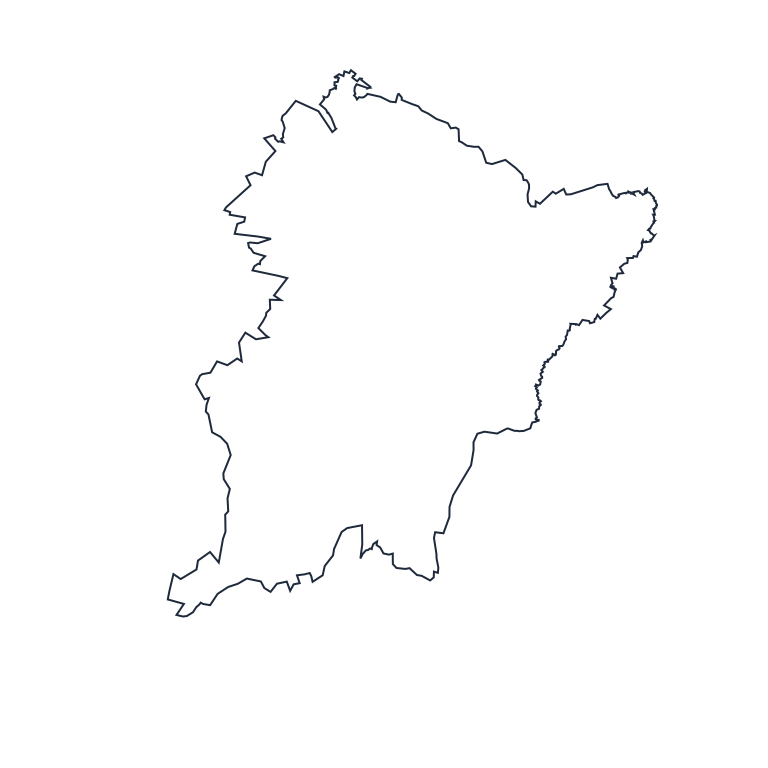 outline of Cape Winelands, Western Cape, South Africa, rotated 199°
{"feature_id": "47623444B8262601395586", "entity_name": "Cape Winelands", "entity_type": "district", "adm_level": 2, "iso_a3": "ZAF", "parent_name": "South Africa", "parent_adm1": "Western Cape", "projection": "equal_earth", "projection_center": [19.211, -33.151], "detail": "fine", "context": "isolated", "style": "outline", "palette": "slate", "viewbox_px": 768, "rotation_deg": 199, "n_neighbors": 0, "source": "geoboundaries", "source_scale": "gbopen_adm2", "svg_char_len": 6164}
<svg xmlns="http://www.w3.org/2000/svg" viewBox="0 0 768 768"><g transform="rotate(199 384 384)"><path d="M561.6,322.5L548.6,311.1L545.0,313.8L545.0,306.4L543.5,299.9L540.1,298.1L530.8,282.4L521.3,280.8L512.8,276.4L505.8,266.9L506.8,247.1L504.5,241.8L495.6,234.6L494.7,224.9L489.8,212.8L491.6,208.8L485.8,192.8L485.8,185.0L482.1,161.4L493.8,168.5L502.4,156.5L500.9,147.6L512.7,133.4L521.2,135.7L519.5,118.3L518.3,109.9L501.6,110.9L505.0,98.1L498.4,98.7L494.9,100.4L490.3,106.0L488.9,111.7L486.8,115.4L486.1,117.6L483.4,117.1L476.4,118.3L473.0,131.4L465.3,141.3L457.2,147.5L450.3,155.4L436.1,157.2L430.7,152.1L423.6,150.5L420.2,160.3L411.6,165.5L405.4,157.9L404.2,165.2L398.9,168.2L404.0,174.8L397.1,178.2L392.7,181.1L390.1,178.5L387.1,173.7L379.7,183.2L380.8,192.5L376.4,205.4L377.5,211.7L375.9,230.3L371.9,235.8L358.8,243.3L352.3,225.2L349.5,211.3L349.0,214.6L349.1,215.6L347.0,220.7L344.9,222.0L343.7,223.9L341.8,223.9L342.1,225.3L342.0,229.2L339.3,232.9L338.6,229.3L334.4,228.2L329.3,223.6L323.7,224.3L320.5,226.5L317.0,216.6L312.3,214.1L303.6,216.1L299.9,218.2L290.6,214.1L286.1,214.9L276.4,213.3L274.0,217.3L275.7,222.9L271.6,223.0L272.8,228.0L277.5,236.2L279.2,240.6L286.6,254.6L287.4,260.5L279.2,262.2L278.9,279.7L282.0,289.0L282.4,301.1L275.2,335.5L277.8,350.7L280.4,358.0L279.5,367.4L273.5,371.6L260.9,374.0L253.4,381.7L252.3,382.3L245.4,382.2L242.3,383.2L241.0,383.3L236.5,385.2L231.2,389.8L231.4,392.2L231.3,395.9L228.3,397.6L227.7,398.4L225.8,399.7L226.1,400.4L228.1,399.7L229.2,400.1L229.4,400.9L228.4,402.0L231.4,405.8L231.3,409.3L229.3,411.1L230.0,413.4L228.9,415.1L229.1,415.7L230.5,415.9L230.9,417.1L230.0,418.8L230.9,419.3L232.5,419.1L233.1,419.5L233.6,421.5L235.4,422.5L235.7,423.6L235.0,425.6L236.8,426.7L236.4,428.0L238.5,428.7L238.9,429.2L238.4,430.6L240.4,431.2L240.0,432.2L240.1,433.0L237.5,432.8L236.2,434.4L236.6,437.4L238.2,437.7L238.8,438.3L236.4,441.3L236.8,442.3L238.2,443.0L239.4,444.9L237.8,447.2L239.7,448.4L239.0,449.4L238.9,450.3L237.6,452.4L237.7,452.7L239.5,453.3L238.5,455.3L239.4,456.8L238.9,457.4L236.1,458.4L236.1,459.0L237.1,459.8L237.1,460.5L235.9,460.8L233.8,464.9L233.7,465.8L234.4,466.8L234.4,467.4L232.5,467.3L231.7,466.8L231.1,467.4L231.3,468.9L232.1,471.1L231.1,472.8L229.9,473.6L229.6,475.0L230.9,476.3L230.8,476.8L227.8,478.0L227.3,479.2L227.1,483.5L226.4,485.6L227.7,487.9L226.9,490.0L227.7,494.4L226.1,494.8L225.8,495.5L226.4,496.8L226.9,501.1L227.3,501.6L221.8,503.2L221.7,502.8L221.2,503.2L218.8,503.1L217.2,509.2L210.5,510.3L209.0,508.5L205.4,511.0L205.9,514.2L205.1,514.5L204.7,518.9L200.7,516.2L197.0,523.6L193.9,528.7L201.5,529.9L197.1,539.3L195.3,541.0L195.8,545.7L195.5,549.1L196.4,549.4L197.2,548.6L198.1,550.1L198.7,549.7L199.0,551.1L199.7,550.9L199.6,549.0L201.6,549.5L201.4,552.0L200.7,553.6L204.0,558.3L198.8,559.1L199.1,564.4L194.0,566.7L198.9,571.0L195.9,576.0L193.3,577.7L194.0,581.0L195.1,582.2L189.6,584.3L189.7,586.2L186.3,586.7L186.4,591.3L184.7,594.3L184.7,598.3L186.3,601.4L186.0,604.1L184.8,602.3L182.8,604.1L182.5,603.4L178.4,605.5L178.3,606.6L178.9,607.0L178.4,607.6L178.0,607.1L176.5,612.7L177.0,612.2L180.1,613.6L180.7,613.3L183.4,615.6L184.4,615.5L184.0,616.7L183.4,616.6L183.5,617.3L182.8,617.9L183.0,618.4L181.5,624.5L182.0,624.5L181.5,624.6L182.1,625.4L181.1,625.9L180.9,626.4L181.3,626.3L183.7,630.8L184.7,631.7L183.0,632.3L186.1,637.0L184.8,637.3L185.2,638.5L184.0,639.4L184.6,641.1L184.0,641.7L184.1,642.0L184.5,642.7L185.9,643.7L186.8,645.6L187.8,645.2L188.8,646.8L189.7,647.3L189.4,648.3L193.0,650.0L194.6,651.2L198.2,651.3L198.9,654.1L199.9,652.6L199.7,652.0L200.1,652.1L200.1,650.7L197.9,650.5L201.0,647.1L202.3,648.0L204.2,648.1L204.8,649.2L206.1,649.3L210.6,646.7L210.2,646.2L210.7,645.8L210.6,645.3L210.0,645.3L209.1,644.5L211.5,644.9L212.2,644.4L212.8,645.5L214.2,645.4L214.4,644.9L215.7,645.5L215.7,644.4L216.4,644.4L217.4,642.9L218.4,643.2L224.0,639.5L224.0,639.2L223.0,638.9L223.0,638.0L223.8,636.4L225.1,635.4L226.0,636.2L228.7,636.5L230.9,638.2L232.8,640.2L234.4,641.3L237.8,646.0L238.3,645.8L247.0,641.5L250.6,637.9L269.1,624.2L273.4,622.5L277.6,627.0L283.5,619.9L287.0,620.8L295.2,605.2L300.0,606.1L298.5,601.0L302.8,599.9L307.1,603.0L310.0,610.0L310.5,616.3L311.9,619.9L313.2,621.3L315.6,623.1L318.4,622.3L321.4,627.1L330.0,631.2L342.2,635.4L353.5,627.1L359.4,626.5L366.7,636.0L371.9,639.1L376.0,637.6L383.2,636.3L389.4,637.9L392.1,638.1L396.4,649.1L399.6,649.8L404.1,647.5L408.6,651.4L420.8,651.7L430.3,654.1L437.4,654.9L442.0,657.8L448.6,657.8L459.8,658.4L460.4,660.6L464.4,663.1L465.2,662.4L464.7,654.2L470.1,653.0L480.7,654.4L494.2,652.9L494.4,651.9L496.4,648.6L498.6,647.5L501.0,647.1L502.2,644.2L504.0,646.0L506.3,647.2L505.5,649.0L507.2,651.0L508.2,654.7L507.6,658.5L496.0,658.5L495.9,658.0L494.9,658.9L493.3,659.7L494.1,660.1L493.9,660.6L504.4,664.1L504.3,665.4L506.5,665.0L507.8,661.5L513.7,663.4L513.5,665.0L512.5,665.5L511.9,668.1L517.4,669.9L518.1,666.7L523.2,666.7L522.6,662.0L527.3,662.3L530.5,658.2L529.8,657.8L527.2,659.0L526.2,658.6L526.5,656.6L526.1,656.0L526.1,654.6L529.0,653.2L528.1,650.3L526.3,650.5L525.8,647.6L524.7,647.1L527.3,647.8L528.4,646.1L530.9,644.1L530.4,642.1L530.2,639.6L530.9,637.1L532.4,635.9L534.7,636.0L533.3,633.6L535.6,627.5L528.7,624.8L527.4,623.9L525.9,622.0L525.1,621.8L525.7,622.9L520.2,618.3L513.3,610.1L512.3,609.8L514.9,605.4L534.8,620.6L559.6,623.0L565.0,607.9L567.1,604.7L567.2,603.0L566.8,600.2L565.2,599.1L561.2,593.6L561.0,587.5L559.6,584.3L561.0,582.4L557.7,579.8L561.5,579.5L562.9,578.6L566.9,580.5L567.0,581.9L569.6,583.2L577.2,577.3L562.5,568.9L568.1,555.7L567.3,541.7L575.1,541.8L582.0,535.5L574.9,528.5L590.9,499.5L591.5,496.4L585.4,496.5L585.0,493.8L569.6,496.3L569.0,492.0L574.8,487.6L574.1,477.4L551.1,482.4L538.1,484.5L549.2,476.0L556.7,474.2L558.4,473.0L556.0,469.0L554.1,468.7L550.0,465.6L538.0,466.1L541.0,460.0L540.3,456.9L542.1,456.8L544.9,453.1L545.3,448.6L518.7,451.9L509.9,452.6L516.8,431.9L508.8,429.8L519.4,426.5L516.0,417.9L518.5,413.0L517.8,410.2L518.9,403.8L521.0,396.0L512.2,391.7L508.6,390.6L519.6,384.6L531.8,387.4L534.6,376.0L525.9,359.1L531.1,360.3L538.2,350.8L549.2,351.0L551.8,338.2L559.1,334.1L560.7,331.9L561.6,322.5Z" fill="none" stroke="#1e293b" stroke-width="2"/></g></svg>